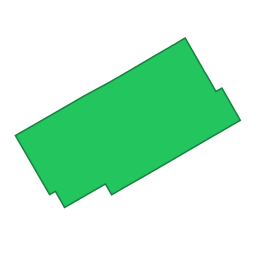 Lee, Mississippi, United States of America (Equal Earth projection), rotated 240°
{"feature_id": "52423323B67844258759837", "entity_name": "Lee", "entity_type": "district", "adm_level": 2, "iso_a3": "USA", "parent_name": "United States of America", "parent_adm1": "Mississippi", "projection": "equal_earth", "projection_center": [-88.697, 34.292], "detail": "fine", "context": "isolated", "style": "filled", "palette": "green", "viewbox_px": 256, "rotation_deg": 240, "n_neighbors": 0, "source": "geoboundaries", "source_scale": "gbopen_adm2", "svg_char_len": 463}
<svg xmlns="http://www.w3.org/2000/svg" viewBox="0 0 256 256"><g transform="rotate(240 128 128)"><path d="M78.5,229.1L115.6,229.3L115.7,222.4L131.7,222.5L138.7,222.4L177.4,222.5L177.2,208.8L177.2,188.2L176.9,154.9L176.9,135.1L177.7,106.4L177.7,62.4L177.7,47.1L177.8,26.7L109.5,26.8L109.4,33.5L90.9,33.3L90.8,80.5L78.3,80.4L78.4,94.0L78.2,120.3L78.2,127.1L78.4,167.9L78.5,195.1L78.5,208.9L78.5,229.1Z" fill="#22c55e" stroke="#15803d" stroke-width="1.5"/></g></svg>